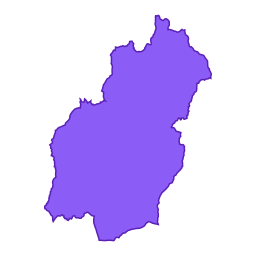 outline of Mogotes, Santander, Colombia
{"feature_id": "7082276B70179238188683", "entity_name": "Mogotes", "entity_type": "district", "adm_level": 2, "iso_a3": "COL", "parent_name": "Colombia", "parent_adm1": "Santander", "projection": "natural_earth1", "projection_center": [-72.971, 6.504], "detail": "fine", "context": "isolated", "style": "filled", "palette": "violet", "viewbox_px": 256, "rotation_deg": 0, "n_neighbors": 0, "source": "geoboundaries", "source_scale": "gbopen_adm2", "svg_char_len": 5762}
<svg xmlns="http://www.w3.org/2000/svg" viewBox="0 0 256 256"><path d="M99.1,240.2L105.0,240.6L109.5,240.2L113.6,240.6L114.3,240.2L114.8,239.4L115.1,238.4L116.0,237.5L117.1,237.3L119.0,237.7L119.6,236.3L121.5,234.9L122.5,233.4L125.4,232.8L126.3,231.8L128.1,230.5L132.2,229.2L136.9,228.4L138.6,228.4L141.2,227.7L144.0,226.2L144.7,225.5L146.0,223.5L148.0,221.9L149.5,221.7L152.6,223.2L158.3,224.5L157.5,222.1L157.8,218.0L158.3,216.2L158.3,214.7L158.0,212.4L158.0,211.0L158.3,209.5L157.4,207.1L157.3,205.4L157.6,204.5L158.5,203.7L159.1,202.9L158.6,201.1L158.6,200.1L159.9,196.3L161.8,192.9L165.8,189.2L168.4,186.2L169.4,183.8L172.0,182.8L172.5,182.3L172.7,181.2L173.7,179.5L173.8,176.7L174.6,175.7L175.8,175.2L176.9,173.2L179.3,170.7L180.0,170.2L181.8,167.9L182.0,166.9L182.6,166.3L182.5,162.1L182.1,161.0L182.8,159.5L183.4,156.4L184.0,155.3L183.8,153.0L184.6,150.6L184.3,147.8L184.3,146.7L184.5,146.4L183.9,145.9L183.6,145.1L182.9,144.6L181.2,144.7L179.5,144.0L179.1,140.5L179.3,138.8L180.0,137.1L180.7,136.4L180.4,134.3L180.9,132.6L178.6,131.8L176.2,131.3L174.3,128.0L173.7,127.8L171.4,127.5L172.3,125.5L172.6,124.4L173.1,124.0L173.2,123.5L174.5,123.1L175.4,121.1L177.2,120.6L178.5,118.1L179.9,118.4L180.3,119.6L180.6,119.8L181.2,119.5L181.4,118.3L181.8,118.0L183.2,118.0L183.8,119.0L184.2,119.3L187.0,118.3L187.0,117.1L186.7,116.5L186.9,116.1L186.8,115.4L187.7,115.4L187.8,114.4L188.2,113.5L188.1,112.3L189.0,111.1L188.3,110.8L188.0,110.2L188.1,109.5L188.7,108.1L188.3,107.4L188.2,107.0L189.3,106.5L189.5,105.7L189.6,105.3L189.0,104.5L189.0,103.6L189.5,103.1L189.9,102.1L190.7,101.8L191.5,100.6L191.3,99.8L191.9,98.7L192.5,95.5L193.7,94.6L194.0,93.4L194.4,92.7L196.0,91.5L196.4,90.9L196.8,88.7L196.6,87.2L196.9,85.6L196.8,84.2L197.1,83.8L197.1,83.3L198.7,83.2L199.1,81.8L199.6,81.4L200.8,80.0L201.6,79.9L202.2,79.6L203.3,79.4L204.4,80.1L206.2,79.0L208.0,78.9L209.4,77.8L210.8,78.4L210.7,77.0L211.3,74.1L210.1,71.1L209.4,70.4L209.4,68.9L208.5,68.1L207.8,66.7L207.5,61.1L207.0,60.2L205.0,57.6L204.0,55.8L203.5,55.3L199.4,54.1L197.6,51.8L196.6,51.6L194.2,50.7L193.1,48.6L191.3,46.8L190.2,46.8L189.7,46.5L189.1,45.4L189.0,44.4L188.1,41.5L188.1,40.7L188.5,39.1L188.4,37.7L187.6,36.0L186.2,35.3L185.5,34.3L184.8,32.0L184.8,29.9L183.4,30.3L182.3,29.9L181.9,29.4L179.4,31.6L177.9,32.1L177.1,32.1L175.6,31.3L174.2,31.1L171.6,30.0L169.4,29.4L168.1,29.7L168.0,27.4L169.3,25.2L169.3,23.5L169.1,22.8L169.3,22.0L169.2,21.5L167.9,19.8L166.1,18.7L164.4,19.2L163.5,20.5L162.0,20.3L161.6,19.7L160.6,19.3L160.0,18.7L159.3,16.1L158.2,15.4L156.9,16.1L156.2,15.7L155.6,15.8L155.4,17.7L155.8,18.5L155.4,19.5L155.6,20.8L155.1,24.1L156.0,27.2L156.1,28.2L154.2,34.1L153.1,35.2L153.1,36.3L152.6,37.2L152.3,37.6L151.7,37.5L150.8,38.8L150.7,40.5L151.3,43.7L151.2,44.2L150.6,44.8L149.8,44.7L148.2,43.8L147.3,43.9L146.7,44.4L145.6,46.8L144.9,47.6L144.6,49.2L143.4,50.2L143.1,50.6L141.1,51.7L139.7,51.8L139.0,51.4L138.1,51.8L137.1,51.8L136.0,51.3L134.9,50.1L134.3,49.8L134.2,48.9L133.5,48.2L133.9,47.7L133.1,45.7L133.7,43.9L133.5,43.3L132.6,42.4L132.0,41.2L131.4,41.4L130.0,41.3L129.6,41.6L129.6,42.3L129.1,43.7L127.4,45.1L127.1,46.1L126.8,46.2L125.3,46.1L125.0,46.5L124.5,46.5L122.8,45.7L121.7,46.4L120.8,46.3L117.9,47.5L115.5,47.1L115.5,48.5L115.1,50.5L114.4,50.1L113.5,50.3L112.2,52.9L111.8,53.1L111.2,53.7L110.5,55.2L111.5,56.6L111.4,58.5L111.6,59.6L111.3,60.8L111.6,62.1L111.1,63.4L112.3,65.7L112.4,67.3L112.1,69.0L112.1,72.2L112.3,73.0L112.2,73.9L111.7,75.2L110.1,75.8L109.8,76.9L108.4,78.3L107.3,78.7L106.2,80.4L104.7,83.2L103.5,84.8L102.4,89.3L101.6,90.9L102.2,91.4L103.5,92.0L103.6,94.0L103.4,96.1L103.5,97.2L104.5,100.0L105.3,100.8L103.8,100.5L103.6,101.0L102.3,101.6L101.3,102.5L100.7,102.2L100.8,102.7L100.5,102.9L98.5,103.8L97.0,103.9L94.7,105.0L93.3,104.8L93.0,104.3L92.5,104.7L92.3,104.6L90.9,102.8L90.7,102.0L90.8,100.9L90.0,101.7L89.1,102.0L87.6,103.0L86.7,101.1L85.3,99.4L84.6,98.9L84.5,99.3L84.4,101.8L82.9,102.1L82.1,102.0L81.6,101.6L80.6,99.3L80.3,99.1L80.6,100.1L80.5,101.1L80.1,101.7L80.2,102.5L80.8,104.6L80.3,106.9L80.3,108.0L78.6,107.8L77.7,108.2L76.5,108.3L75.8,108.8L75.1,108.9L74.4,109.5L72.2,111.9L70.8,113.9L70.1,115.4L69.6,118.4L69.1,119.6L65.6,123.1L65.0,125.1L63.1,125.7L60.7,127.0L59.2,127.3L58.5,128.0L57.6,128.4L56.8,129.8L55.4,130.4L55.4,132.4L54.2,135.4L53.9,136.9L53.4,138.3L52.9,138.9L52.3,139.1L51.8,139.6L51.6,140.1L52.5,141.7L52.5,142.4L52.0,143.2L49.8,144.9L50.5,145.9L50.9,146.9L50.7,148.1L50.8,148.4L51.5,148.9L51.9,149.6L51.5,150.4L51.5,151.1L52.2,152.6L52.0,153.5L51.5,154.6L51.3,155.7L51.8,155.8L52.4,155.5L52.7,155.8L52.9,156.6L53.7,156.9L54.1,157.2L54.2,157.9L53.7,159.6L53.8,160.0L54.3,160.4L54.6,162.1L54.6,163.5L54.8,164.8L54.3,166.7L55.5,167.2L55.4,169.0L55.8,169.7L55.9,170.7L55.6,174.3L55.8,176.5L56.0,176.8L55.9,177.1L53.9,178.8L52.9,180.7L52.6,182.6L53.0,184.5L52.8,186.3L52.9,186.6L52.5,187.7L51.4,188.7L51.0,191.2L50.3,192.0L50.5,193.7L50.1,194.0L50.0,195.0L49.4,195.6L49.3,197.6L48.8,198.2L49.2,198.8L48.7,200.7L47.9,201.7L48.1,202.4L47.8,202.7L46.8,203.3L46.5,203.9L46.7,204.2L46.6,204.6L46.1,205.2L45.3,205.5L44.8,206.2L44.7,207.7L45.0,208.8L46.0,209.0L46.8,210.4L48.8,211.3L51.2,215.3L52.4,216.2L52.7,217.4L52.7,220.2L53.2,221.5L55.2,218.4L57.8,215.7L59.3,216.0L60.7,215.9L61.7,214.9L62.4,214.9L62.8,215.2L63.2,215.9L63.9,215.9L63.8,217.1L64.3,217.5L64.6,218.4L64.9,218.6L65.5,218.4L66.2,218.5L66.4,219.5L67.1,219.3L67.5,220.1L68.2,220.4L69.3,219.2L69.3,218.5L70.8,218.5L71.5,218.9L72.2,217.8L72.2,217.2L73.2,215.9L74.7,215.9L75.5,217.4L76.4,217.9L78.3,217.7L79.4,218.3L81.3,218.1L81.6,217.4L83.5,216.2L83.9,215.7L84.3,213.4L85.7,213.1L86.7,212.3L88.5,212.6L89.1,213.3L91.8,215.6L94.3,216.2L93.7,219.4L93.8,222.8L95.2,227.3L96.1,229.5L96.7,231.8L98.9,238.6L99.1,240.2Z" fill="#8b5cf6" stroke="#5b21b6" stroke-width="1.5"/></svg>